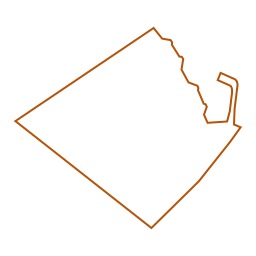 7, Ad Dawhah, Qatar
{"feature_id": "91078587B12539996095468", "entity_name": "7", "entity_type": "district", "adm_level": 2, "iso_a3": "QAT", "parent_name": "Qatar", "parent_adm1": "Ad Dawhah", "projection": "natural_earth1", "projection_center": [51.551, 25.287], "detail": "fine", "context": "isolated", "style": "outline", "palette": "amber", "viewbox_px": 256, "rotation_deg": 0, "n_neighbors": 0, "source": "geoboundaries", "source_scale": "gbopen_adm2", "svg_char_len": 558}
<svg xmlns="http://www.w3.org/2000/svg" viewBox="0 0 256 256"><path d="M15.4,121.1L151.4,228.0L198.8,181.3L229.7,142.4L240.6,127.3L234.0,124.5L234.6,108.9L237.6,84.6L236.9,81.5L235.2,79.4L220.6,72.9L217.7,80.1L229.0,85.1L230.8,86.1L231.8,88.1L232.1,90.2L232.0,92.9L229.8,111.2L227.1,121.5L207.6,122.8L204.0,114.7L206.8,106.8L205.6,104.3L203.7,103.7L197.9,90.0L198.4,88.1L197.4,85.8L188.5,82.4L181.5,69.6L183.2,59.0L181.7,56.8L179.4,56.6L171.9,44.8L172.1,42.3L170.6,40.1L162.1,38.6L153.6,28.0L15.4,121.1Z" fill="none" stroke="#b45309" stroke-width="2"/></svg>